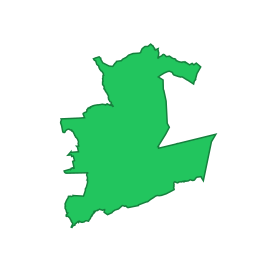 outline of Ajacuba, Hidalgo, Mexico, rotated 158°
{"feature_id": "50627088B1222812133050", "entity_name": "Ajacuba", "entity_type": "district", "adm_level": 2, "iso_a3": "MEX", "parent_name": "Mexico", "parent_adm1": "Hidalgo", "projection": "albers", "projection_center": [-99.07, 20.107], "detail": "fine", "context": "isolated", "style": "filled", "palette": "green", "viewbox_px": 256, "rotation_deg": 158, "n_neighbors": 0, "source": "geoboundaries", "source_scale": "gbopen_adm2", "svg_char_len": 5757}
<svg xmlns="http://www.w3.org/2000/svg" viewBox="0 0 256 256"><g transform="rotate(158 128 128)"><path d="M199.5,56.4L198.2,57.5L197.8,57.6L196.6,58.4L196.0,59.3L194.6,59.8L194.4,60.0L194.4,60.7L194.3,60.8L194.1,60.8L193.7,60.6L192.1,61.8L191.5,62.0L191.2,61.9L190.9,62.1L191.2,62.8L190.7,63.0L190.6,63.4L190.3,63.4L190.0,62.9L189.8,62.8L189.4,63.1L189.0,63.2L187.8,63.2L187.1,62.9L186.5,63.3L186.0,63.1L184.8,63.4L184.5,63.2L184.1,62.6L183.3,62.2L182.7,61.4L181.8,61.3L180.7,61.3L180.2,61.1L180.4,60.6L181.1,59.9L181.7,58.8L179.4,55.3L174.7,55.5L173.4,56.2L170.8,56.8L167.1,56.5L162.3,58.2L161.2,57.5L160.8,57.0L160.2,56.6L159.2,56.6L158.7,55.3L157.9,54.2L147.4,52.2L147.1,52.8L138.8,52.6L137.3,52.3L133.9,53.3L130.5,53.9L128.2,54.5L126.3,54.5L124.3,53.5L122.2,53.0L117.2,52.7L108.3,53.6L108.1,54.4L108.1,55.7L108.0,55.9L107.4,56.3L107.2,57.1L107.3,57.3L106.6,57.9L106.4,59.3L105.9,60.1L105.3,60.5L104.6,60.6L103.8,59.5L102.8,58.7L102.5,58.5L101.8,58.6L101.4,58.8L100.4,58.8L100.2,58.6L98.9,58.3L98.7,58.0L97.7,57.9L97.0,58.0L96.4,57.1L96.2,57.1L95.9,57.5L95.5,57.2L94.9,57.6L94.6,57.4L94.4,57.0L92.0,56.4L91.5,56.4L89.8,56.8L87.9,55.2L86.4,54.8L85.5,55.1L83.6,56.3L82.9,56.5L81.9,56.5L80.8,56.1L78.8,55.7L78.5,55.5L78.6,54.8L77.9,50.9L55.8,84.0L48.9,89.3L87.7,94.9L87.9,95.1L89.9,95.2L106.6,97.7L107.2,97.8L106.6,99.2L106.8,99.2L106.6,99.6L107.0,99.7L95.6,108.0L89.4,113.2L89.9,117.6L82.6,138.7L80.7,149.5L80.8,150.6L77.5,159.4L80.8,164.0L78.1,164.7L73.8,165.4L70.3,165.5L68.5,165.2L66.5,163.5L66.0,162.3L66.0,161.0L65.6,160.0L62.6,157.4L61.5,156.5L61.1,156.4L60.5,155.7L58.6,155.1L55.2,150.4L54.8,150.1L50.7,144.2L49.0,146.6L47.4,147.4L47.5,147.5L43.7,152.6L37.7,157.4L38.4,158.8L40.4,162.6L42.9,162.0L43.1,161.9L43.3,161.9L44.3,163.9L47.3,163.5L50.2,167.8L50.5,167.4L51.3,168.3L52.1,168.6L53.2,168.9L53.5,168.6L54.6,169.5L54.9,169.6L55.1,169.8L56.5,170.8L56.9,171.5L58.0,172.3L58.2,172.8L58.0,173.5L58.1,173.9L58.7,174.7L59.0,174.9L59.6,175.1L60.1,175.5L61.1,176.6L61.2,177.1L61.8,177.6L62.1,178.4L62.5,178.7L62.9,179.3L63.8,179.2L65.2,179.8L65.8,179.8L66.8,182.3L67.4,182.9L68.1,183.0L68.6,182.9L69.5,182.3L72.7,182.1L73.1,181.7L73.9,181.3L74.1,181.0L73.9,181.9L72.4,184.1L71.3,186.2L71.2,187.6L71.3,188.0L71.0,188.4L70.9,189.5L70.3,190.3L71.5,190.3L71.7,189.9L72.6,190.1L73.3,189.9L73.6,190.1L74.0,191.1L73.4,191.7L73.8,192.6L74.0,193.8L74.2,194.1L74.0,194.4L74.1,194.8L74.8,195.6L75.0,196.4L75.6,197.3L78.4,196.3L79.1,196.2L81.6,197.2L83.3,196.8L85.2,196.2L86.9,194.6L87.9,193.4L89.2,193.1L95.5,195.2L100.2,195.3L103.0,194.2L107.2,193.8L109.0,192.9L113.8,194.1L114.4,193.3L115.8,192.9L119.1,190.8L122.3,192.5L127.0,197.9L127.5,201.9L127.1,202.9L127.6,203.5L128.1,204.8L131.2,205.0L131.5,205.1L134.1,205.1L133.8,203.3L132.8,202.5L133.1,198.8L132.7,197.8L132.0,196.8L132.1,195.5L132.3,194.6L132.1,194.2L132.2,193.7L132.1,192.8L131.7,191.8L131.7,191.2L131.1,190.5L130.8,189.8L130.8,188.8L130.4,188.2L130.5,187.5L130.9,186.7L130.8,186.1L131.3,186.1L131.7,185.8L132.4,183.9L133.0,183.5L133.0,182.8L133.3,182.4L133.3,181.8L133.7,181.2L133.7,180.6L134.3,180.3L134.4,179.8L134.7,179.4L134.9,178.9L134.9,178.3L135.2,178.0L135.3,177.7L134.6,175.9L134.8,175.2L134.9,174.5L135.1,174.1L135.5,173.7L135.6,173.1L135.0,172.5L135.2,171.7L134.9,171.4L135.1,170.6L134.9,170.4L134.8,169.0L134.3,168.0L134.5,167.5L134.1,165.1L134.3,164.6L134.8,163.8L134.8,163.1L135.2,162.4L135.2,162.1L135.0,161.8L135.2,161.5L134.9,160.2L134.9,159.3L134.0,158.2L133.9,157.7L134.0,157.4L134.3,157.0L134.8,156.8L135.1,156.4L134.1,155.5L134.0,154.9L133.8,154.7L133.7,153.7L134.0,153.7L134.2,154.6L134.8,155.0L134.9,155.3L136.3,155.8L136.6,156.1L136.8,156.4L136.8,156.9L137.0,157.1L137.9,157.3L138.1,158.1L138.9,158.2L140.0,157.7L140.4,158.2L140.9,158.4L141.5,158.9L142.3,159.2L142.4,159.4L142.7,159.6L144.4,160.0L144.8,160.0L146.4,160.5L147.0,160.5L147.6,160.9L150.9,161.6L152.1,161.7L152.4,161.5L152.9,161.8L153.5,161.5L153.9,161.6L154.3,161.5L154.9,161.7L155.1,161.5L154.9,161.2L155.0,161.0L155.5,160.8L155.7,161.2L156.1,161.4L156.5,161.5L157.1,160.9L157.7,161.3L158.4,160.7L158.8,160.6L159.4,160.2L159.4,159.8L159.9,159.1L161.0,158.4L162.1,158.6L164.1,158.3L164.4,157.8L164.4,153.8L169.1,155.3L186.6,161.5L186.6,161.0L186.9,160.1L187.6,159.5L188.3,158.6L188.6,157.7L188.7,155.0L189.9,149.0L189.7,148.2L188.5,147.6L187.8,147.9L187.2,148.6L185.6,149.3L183.9,149.3L183.2,149.1L182.2,147.7L181.5,147.6L180.9,147.0L180.9,146.7L181.3,146.4L181.1,146.0L180.6,145.6L180.3,144.9L180.1,141.7L180.2,141.2L179.9,140.2L180.0,139.3L179.3,138.0L179.0,136.5L179.0,134.4L179.1,133.7L180.1,132.2L180.2,131.9L180.1,131.4L180.5,129.7L182.5,130.4L182.1,129.4L182.1,128.7L182.8,124.5L190.0,126.8L190.0,127.1L189.9,127.3L193.9,125.3L190.6,124.3L190.9,122.7L189.3,122.4L189.8,117.8L191.8,117.8L193.0,110.9L193.4,110.9L193.5,111.6L194.1,111.5L194.2,111.8L195.8,111.9L196.0,111.3L196.9,111.4L197.1,111.0L197.7,111.5L203.3,112.1L203.4,111.1L203.2,110.4L202.8,109.7L201.8,109.1L182.2,101.6L182.2,101.4L183.2,101.0L184.0,99.9L184.0,98.0L184.2,97.1L185.0,95.5L185.5,95.2L185.0,94.8L186.1,92.3L189.0,88.5L190.3,87.6L191.1,85.8L194.8,81.5L203.5,85.6L203.9,85.8L204.1,86.0L204.3,85.6L206.4,85.7L207.0,86.4L208.3,86.7L208.5,86.9L208.9,86.9L209.1,86.2L212.0,84.0L214.7,81.3L215.3,79.5L215.2,79.0L215.7,78.8L215.9,78.3L216.4,77.0L216.1,74.9L216.3,74.6L216.5,72.3L215.7,71.8L216.6,71.0L217.7,70.7L218.3,69.6L218.3,69.3L217.8,68.9L216.8,68.8L215.9,66.7L215.7,66.1L215.6,64.1L215.2,63.3L215.6,62.7L215.0,60.5L215.1,60.1L215.8,59.2L217.7,57.5L217.8,57.2L217.1,56.8L216.5,57.6L216.1,57.8L216.1,57.7L214.8,57.9L213.5,57.9L213.2,58.7L209.2,60.0L209.1,58.9L207.9,59.7L207.1,58.6L206.5,58.1L205.8,57.7L204.9,57.6L204.2,57.4L203.7,57.4L202.1,57.9L201.5,57.7L199.5,56.4Z" fill="#22c55e" stroke="#15803d" stroke-width="1.5"/></g></svg>